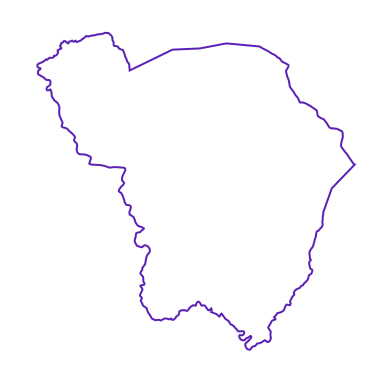 the district of Concordia, Olancho, Honduras, rotated 183°
{"feature_id": "27666195B67988098345344", "entity_name": "Concordia", "entity_type": "district", "adm_level": 2, "iso_a3": "HND", "parent_name": "Honduras", "parent_adm1": "Olancho", "projection": "robinson", "projection_center": [-86.696, 14.659], "detail": "fine", "context": "isolated", "style": "outline", "palette": "violet", "viewbox_px": 384, "rotation_deg": 183, "n_neighbors": 0, "source": "geoboundaries", "source_scale": "gbopen_adm2", "svg_char_len": 5903}
<svg xmlns="http://www.w3.org/2000/svg" viewBox="0 0 384 384"><g transform="rotate(183 192 192)"><path d="M132.8,340.9L165.4,342.2L191.6,335.8L219.0,333.1L260.6,310.1L261.4,316.3L263.9,319.4L264.2,321.0L266.0,323.9L266.5,326.1L268.5,330.2L271.8,331.1L272.8,332.0L273.4,333.1L273.8,333.4L275.4,333.7L277.0,333.8L277.6,334.1L278.0,335.0L278.2,337.7L279.4,339.6L279.5,342.0L280.7,343.8L281.1,344.3L283.8,346.4L285.2,346.3L286.7,346.5L287.6,346.3L289.0,345.5L292.6,344.6L294.8,344.5L296.3,343.7L301.0,342.8L303.7,341.8L305.7,342.3L308.7,339.4L309.9,338.7L310.9,337.5L315.0,335.7L316.2,337.0L317.7,335.9L318.7,336.2L319.4,336.8L319.9,336.8L321.2,336.0L322.7,335.7L323.3,334.1L323.5,333.9L324.0,334.1L326.5,336.0L327.6,336.1L328.1,335.7L328.6,334.8L329.3,334.3L330.1,334.1L330.4,333.8L330.7,332.1L331.3,331.4L331.4,330.7L331.1,330.1L330.1,329.2L330.0,328.7L330.3,328.3L333.0,326.9L333.6,326.5L333.6,325.9L333.1,324.8L333.1,324.1L333.7,322.7L334.5,321.7L335.5,320.9L337.0,320.7L337.3,319.3L337.7,319.0L338.9,318.7L341.1,318.6L342.0,318.0L343.5,316.5L344.0,316.4L344.4,316.8L344.9,316.7L346.1,315.4L348.1,313.9L352.0,312.1L352.9,311.1L353.1,310.2L352.9,309.2L352.4,308.5L351.6,308.0L350.2,307.8L349.8,307.4L350.1,306.5L351.6,305.3L352.0,304.6L352.1,302.6L351.6,301.4L346.3,298.7L343.8,296.6L342.6,296.3L340.5,296.3L339.8,296.0L339.4,295.4L339.0,293.9L339.2,291.6L342.2,289.0L342.6,288.0L342.5,286.4L341.9,286.0L340.8,286.0L340.2,286.2L339.1,287.0L338.7,286.9L337.6,284.3L337.1,280.8L336.6,279.5L334.2,276.2L332.6,275.2L331.2,274.0L330.4,273.2L329.7,271.9L329.0,270.2L328.7,268.7L328.9,265.6L328.4,261.6L324.9,254.5L325.0,253.2L325.6,251.7L325.5,250.5L324.5,249.9L321.0,249.1L319.8,248.5L317.9,246.6L314.0,243.5L312.0,241.3L311.7,240.1L312.4,238.4L312.4,237.1L312.2,236.7L309.9,234.7L309.3,233.7L309.1,231.5L309.4,229.3L309.4,227.8L309.0,226.4L308.0,225.0L307.1,224.2L306.1,223.8L301.3,223.9L298.7,223.3L295.3,221.9L294.8,221.2L294.7,220.1L296.1,215.1L295.8,214.7L294.7,214.3L293.6,214.1L284.7,214.1L280.5,213.4L275.6,212.0L271.2,212.8L265.0,212.8L261.2,212.7L260.4,212.3L259.9,211.8L259.7,211.1L259.8,210.1L262.2,204.3L262.6,202.4L262.5,200.1L260.5,197.9L260.3,197.5L260.3,197.0L261.0,195.7L262.8,193.8L264.4,191.5L265.1,190.1L265.1,189.0L264.5,188.3L262.6,187.3L262.2,186.6L260.8,184.2L259.1,179.9L258.9,178.6L257.2,176.0L256.3,175.6L254.6,175.6L253.5,175.3L253.0,175.0L252.4,174.3L252.2,173.3L253.5,168.5L253.1,166.2L250.0,164.6L249.1,163.9L248.2,162.3L246.8,158.6L244.4,155.6L243.5,155.1L240.2,154.3L238.2,153.2L238.5,152.3L240.2,151.0L241.7,149.2L244.6,148.5L245.6,147.8L246.0,143.9L246.4,142.8L246.7,140.3L246.4,139.1L245.4,137.3L244.5,136.0L244.0,135.4L239.9,134.2L239.0,134.3L236.8,136.3L235.8,136.3L234.5,136.0L232.8,135.1L231.1,132.5L231.0,130.2L231.8,128.8L233.1,127.4L234.2,124.0L235.1,117.4L237.5,113.7L237.7,111.5L238.7,109.9L239.3,108.5L239.1,107.5L236.4,104.6L236.2,103.7L236.0,100.6L234.9,98.5L234.6,97.6L234.8,97.1L235.4,96.7L238.1,96.1L238.6,95.7L238.5,95.2L236.8,93.0L236.3,91.9L237.2,89.6L238.3,87.3L238.5,85.9L238.3,85.4L236.9,84.1L236.6,83.6L236.6,82.8L237.2,81.9L237.4,80.5L235.8,77.9L235.0,76.1L234.5,75.6L231.4,73.8L229.7,69.7L226.9,65.9L225.8,63.9L224.6,63.1L221.8,62.1L218.4,62.7L216.6,62.0L212.7,64.2L211.8,64.4L210.7,64.3L207.8,63.6L207.2,63.8L206.9,64.4L206.4,64.5L205.9,64.3L205.1,63.4L203.9,63.4L202.4,64.7L200.8,67.2L199.6,68.0L198.7,69.0L198.5,71.4L198.3,72.0L197.8,72.6L196.8,73.1L193.5,73.7L191.6,73.0L190.1,73.3L187.6,77.1L184.9,79.0L182.4,78.7L182.1,79.1L182.0,80.1L181.4,81.6L180.4,82.7L179.6,82.8L179.0,82.5L178.2,81.7L176.6,79.1L175.8,79.1L174.5,79.5L173.4,79.2L172.6,78.5L170.0,75.1L169.5,74.8L169.0,74.7L168.5,74.9L166.7,76.7L166.3,75.9L166.1,74.9L166.6,73.1L161.4,71.4L160.4,70.8L158.4,69.1L158.1,69.1L157.8,69.3L156.7,71.8L156.1,72.1L151.8,66.9L148.7,65.1L146.7,61.9L145.0,61.3L143.6,60.5L141.9,58.7L140.5,57.5L138.9,55.5L137.2,55.2L134.2,55.7L132.9,55.4L132.5,54.9L132.5,54.0L132.8,52.9L133.4,52.0L134.5,51.5L136.8,51.6L137.3,51.0L137.3,50.2L136.9,49.1L135.9,47.6L135.3,47.1L133.4,46.5L132.0,46.7L130.2,48.6L127.7,50.0L126.1,51.3L125.6,51.1L125.1,50.3L125.7,48.9L128.2,45.9L130.4,43.8L130.7,43.3L130.9,42.6L130.5,40.8L129.2,38.7L128.1,37.8L126.4,37.5L125.5,37.8L123.6,40.7L120.6,41.7L119.3,43.7L118.7,44.2L117.1,44.4L114.5,45.5L112.9,46.9L111.6,47.7L110.9,47.6L109.8,46.6L108.6,46.1L107.5,46.5L106.3,47.7L105.5,50.4L106.2,52.8L106.1,56.8L108.5,60.0L108.8,60.7L105.4,67.5L104.9,68.0L102.6,68.8L102.0,69.3L102.0,69.8L103.5,71.0L103.5,71.5L101.9,73.0L100.5,75.4L96.5,76.8L94.5,78.3L93.8,79.5L92.7,83.1L91.8,84.5L91.3,84.5L88.8,84.0L88.1,84.3L87.6,86.1L88.3,87.4L88.3,88.3L86.3,92.6L84.6,94.6L84.5,95.3L85.1,96.5L84.2,98.7L82.6,100.3L79.2,102.0L78.5,103.3L77.7,104.2L76.4,104.6L75.0,107.0L73.5,108.3L71.9,110.5L71.2,112.8L70.9,114.9L69.9,115.7L68.9,116.3L68.5,116.8L67.8,118.9L67.7,120.3L68.4,121.0L69.5,121.4L70.0,122.0L71.2,126.5L71.2,128.3L69.8,130.3L70.0,130.9L70.6,131.3L70.8,132.1L70.9,133.4L71.5,136.7L71.4,138.6L70.9,139.9L68.3,144.1L67.7,147.2L67.2,148.8L66.8,151.5L66.0,153.8L65.9,156.4L65.4,158.8L64.8,159.5L63.9,159.8L63.2,160.5L61.9,162.4L60.5,163.9L59.8,166.0L59.8,167.0L60.2,168.4L60.3,169.4L60.0,171.4L60.2,173.7L59.8,176.5L59.8,178.7L52.6,203.0L30.9,228.0L31.8,228.4L32.8,229.4L39.7,238.5L41.5,240.3L45.3,245.0L45.6,246.0L45.5,248.7L45.2,250.7L44.4,253.6L44.3,254.6L44.7,259.0L45.3,260.4L50.5,262.7L53.1,262.8L54.3,263.0L56.0,262.8L57.5,263.3L58.6,264.2L61.2,268.0L63.9,271.2L67.6,272.8L70.0,274.2L70.6,275.4L71.5,279.5L72.0,280.2L78.6,284.3L80.4,285.0L82.2,286.1L86.2,287.3L88.4,286.9L89.3,287.7L91.0,291.2L93.9,294.4L96.1,297.8L98.7,300.7L100.0,303.1L101.1,308.4L102.9,312.3L104.4,317.1L104.2,318.6L102.8,321.1L102.3,322.3L102.2,323.2L102.5,324.0L106.0,325.7L108.4,326.6L110.6,328.8L111.6,330.2L112.2,330.5L113.2,330.6L116.1,333.0L119.4,334.3L123.8,336.9L129.0,339.1L131.3,340.4L132.8,340.9Z" fill="none" stroke="#5b21b6" stroke-width="2"/></g></svg>